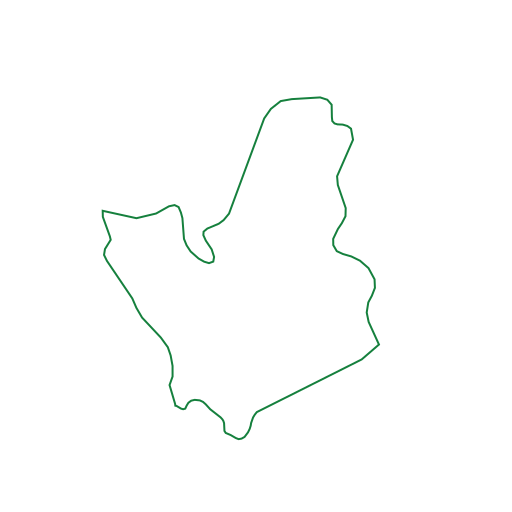 SVG path tracing the border of Aïn Témouchent, rotated 305°
{"feature_id": "DZA-2144", "entity_name": "Aïn Témouchent", "entity_type": "Province", "adm_level": 1, "iso_a3": "DZA", "parent_name": "Algeria", "parent_adm1": "", "projection": "albers", "projection_center": [-1.072, 35.355], "detail": "fine", "context": "isolated", "style": "outline", "palette": "green", "viewbox_px": 512, "rotation_deg": 305, "n_neighbors": 0, "source": "natural_earth", "source_scale": "10m", "svg_char_len": 1459}
<svg xmlns="http://www.w3.org/2000/svg" viewBox="0 0 512 512"><g transform="rotate(305 256 256)"><path d="M87.1,275.8L88.5,274.5L100.7,259.2L109.4,256.8L118.1,250.7L125.6,243.1L130.7,236.1L134.6,224.8L140.2,198.0L144.9,187.8L150.3,179.0L166.5,136.7L169.7,130.9L175.1,128.3L185.9,127.7L188.3,125.0L200.2,108.1L205.1,104.5L205.5,105.5L218.4,136.4L233.5,149.8L246.8,156.2L251.0,160.1L251.7,164.5L248.5,169.6L244.8,174.0L228.7,187.2L224.9,193.1L222.2,199.9L221.0,210.4L221.6,216.8L223.2,221.6L226.9,224.2L231.2,222.2L236.0,215.9L239.8,206.1L242.9,200.9L245.9,199.1L250.6,200.4L261.1,207.0L266.9,208.9L275.2,209.6L373.4,183.8L385.1,183.8L397.1,187.4L405.0,195.3L422.7,217.6L424.9,224.8L423.3,231.2L413.3,238.5L410.3,241.1L409.6,244.3L410.6,247.3L413.4,251.7L414.9,256.3L414.8,260.8L406.9,268.8L367.8,276.7L361.1,282.3L346.7,302.0L339.9,306.5L332.1,307.5L325.1,307.6L314.3,309.4L309.2,313.1L306.3,319.4L307.5,326.1L310.3,334.3L311.8,343.9L310.6,355.1L304.9,366.5L298.1,371.7L289.9,373.7L282.4,374.6L273.2,379.1L266.6,386.1L254.0,407.5L231.9,401.9L128.6,346.2L125.3,346.0L122.1,346.2L116.4,347.8L113.9,349.0L110.7,350.0L106.9,350.6L101.2,350.4L98.1,348.9L96.0,346.8L95.3,343.9L94.8,337.9L93.7,332.7L94.6,330.5L100.8,325.7L102.2,323.8L102.9,322.2L103.5,319.6L104.2,306.4L105.7,299.8L106.1,296.3L105.5,292.8L103.0,288.3L100.3,285.9L97.0,284.8L93.7,285.0L90.4,285.6L88.7,284.2L88.0,282.2L87.6,276.9L87.1,275.8Z" fill="none" stroke="#15803d" stroke-width="2"/></g></svg>